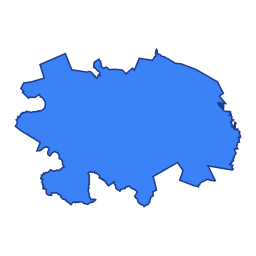 Valle de Zaragoza, Chihuahua, Mexico (orthographic projection)
{"feature_id": "50627088B5175300489414", "entity_name": "Valle de Zaragoza", "entity_type": "district", "adm_level": 2, "iso_a3": "MEX", "parent_name": "Mexico", "parent_adm1": "Chihuahua", "projection": "orthographic", "projection_center": [-105.86, 27.48], "detail": "fine", "context": "isolated", "style": "filled", "palette": "blue", "viewbox_px": 256, "rotation_deg": 0, "n_neighbors": 0, "source": "geoboundaries", "source_scale": "gbopen_adm2", "svg_char_len": 5798}
<svg xmlns="http://www.w3.org/2000/svg" viewBox="0 0 256 256"><path d="M233.1,168.9L232.0,168.4L232.0,167.1L232.8,165.4L229.6,164.5L230.3,163.6L231.7,163.0L231.8,161.4L232.8,161.4L233.4,160.9L233.5,160.2L233.1,158.5L234.5,157.1L234.2,155.7L235.8,154.0L236.0,152.8L235.0,151.6L234.6,148.8L235.2,148.7L236.8,149.1L237.8,148.8L236.8,147.0L236.6,145.7L237.2,144.9L237.5,142.2L239.4,142.1L239.2,141.1L239.3,139.6L238.2,137.7L238.9,137.4L240.0,137.7L240.6,137.1L239.8,136.6L240.4,135.5L239.1,133.5L239.0,133.0L239.6,132.9L239.8,131.9L237.7,130.1L237.9,129.2L236.6,129.2L236.2,129.8L236.3,129.2L235.4,129.7L234.9,128.7L234.3,129.0L233.7,128.3L234.2,127.9L234.6,128.1L235.2,127.5L234.9,127.0L235.3,126.9L235.0,125.4L235.9,123.5L235.3,123.0L235.5,122.8L235.0,122.2L234.8,122.2L234.7,122.9L234.9,123.7L234.3,125.4L233.9,125.5L234.0,126.1L233.0,127.1L232.7,126.6L231.9,126.8L231.8,126.5L232.2,126.1L231.8,126.0L231.8,125.6L232.3,125.0L231.3,123.3L231.5,122.9L231.4,122.5L230.7,121.7L231.3,121.2L232.8,120.9L232.9,120.5L233.6,120.0L231.6,119.2L231.9,116.9L231.2,115.5L230.5,115.1L230.7,114.8L229.4,115.1L230.7,113.6L230.2,112.7L230.6,112.4L230.4,112.5L230.6,112.0L229.6,111.4L229.4,111.7L228.2,111.4L228.0,111.8L226.5,111.2L225.8,111.6L224.9,111.4L224.0,110.7L222.9,109.4L223.3,109.0L223.1,108.6L223.6,108.4L223.5,107.7L222.8,107.9L223.4,106.7L223.7,106.7L223.7,105.4L222.7,107.0L222.3,106.7L222.5,106.0L223.1,105.6L223.1,104.8L222.2,105.8L222.1,105.0L222.4,104.3L222.0,104.7L221.6,104.3L221.9,105.3L221.9,107.7L221.5,107.9L220.9,106.8L220.4,106.7L220.4,105.9L220.1,106.2L219.7,105.9L220.6,103.8L219.4,105.0L218.7,104.8L218.6,104.0L218.9,103.8L218.8,103.6L219.1,103.0L218.2,103.2L218.1,102.9L225.6,103.5L219.5,96.3L221.2,94.6L223.4,93.5L217.4,81.8L196.0,69.5L181.2,63.9L174.6,63.2L173.9,62.3L170.3,60.4L168.0,58.6L165.5,58.1L165.2,57.2L164.6,56.9L161.6,56.2L159.7,54.3L157.9,54.1L157.3,52.0L157.2,50.4L156.4,49.4L155.8,51.1L155.5,53.6L155.8,55.8L154.4,57.0L152.5,60.3L139.3,58.3L134.3,70.3L132.6,68.2L129.5,70.6L126.1,73.9L122.3,70.0L113.6,69.2L112.5,69.6L110.7,69.4L109.3,69.7L107.9,68.2L105.9,67.0L103.7,68.4L101.2,66.4L101.5,65.6L101.1,65.2L101.1,64.8L101.4,63.9L100.6,62.8L100.6,61.5L99.3,60.2L99.0,59.2L94.1,62.3L93.7,67.5L94.5,67.8L94.9,67.6L97.4,70.5L99.2,71.6L99.9,72.7L99.1,74.2L100.2,75.7L98.1,75.3L97.0,78.2L95.4,76.9L94.8,75.8L94.0,76.0L93.5,74.6L91.1,72.0L88.7,71.4L87.2,72.2L71.8,69.8L65.3,53.6L40.0,64.6L44.2,78.2L30.8,82.0L23.8,83.0L20.9,88.5L23.8,91.6L22.6,92.4L28.5,98.2L29.7,97.2L34.9,97.4L39.4,94.5L40.3,96.3L40.2,96.9L42.2,97.3L44.4,100.5L45.1,102.0L45.5,104.0L44.7,108.0L41.7,110.6L39.7,110.7L38.7,111.3L38.1,110.9L36.1,111.8L33.1,111.7L30.9,112.6L29.3,111.8L28.2,111.9L26.7,111.2L25.7,111.8L25.7,112.3L25.4,112.5L24.1,112.5L23.2,113.1L22.5,112.5L21.9,113.6L21.3,114.0L21.1,113.8L20.9,114.3L21.2,114.4L20.6,115.1L20.2,115.2L20.2,115.8L19.8,116.2L19.7,116.8L19.4,116.6L18.6,117.1L18.2,116.7L18.1,117.3L17.7,117.3L18.0,118.0L17.3,118.7L17.5,119.2L16.9,119.9L16.5,120.0L16.9,120.2L17.2,123.5L16.4,124.8L15.7,125.3L15.4,126.4L21.0,130.7L40.2,142.5L36.9,150.9L38.0,150.6L38.8,150.8L40.3,150.6L44.5,147.2L47.0,147.1L49.2,148.2L49.0,149.7L47.9,151.4L47.7,153.6L48.3,154.8L49.5,155.7L49.9,155.9L50.3,155.5L51.6,153.2L52.4,152.6L54.9,151.6L57.7,152.9L57.9,153.5L58.7,153.8L59.3,156.7L59.1,158.3L60.0,159.0L61.3,159.3L61.6,159.6L61.5,160.0L62.3,160.7L62.6,164.4L63.6,166.3L64.2,166.7L62.2,167.7L61.6,169.0L60.5,169.0L59.6,170.4L56.6,170.1L54.3,171.3L53.4,170.8L52.3,170.9L51.1,169.7L50.4,169.8L49.0,171.6L47.7,172.6L46.1,172.3L44.9,173.1L44.4,173.8L43.6,173.1L43.2,173.8L43.3,174.3L42.8,174.4L42.3,175.1L41.4,175.2L41.7,176.2L41.3,176.7L41.3,177.6L40.9,177.8L41.5,178.4L41.0,178.4L40.9,178.8L41.7,179.0L42.2,179.9L42.8,180.2L42.2,180.9L42.1,181.9L41.8,182.0L43.2,184.3L43.0,184.8L42.7,184.8L43.2,185.9L43.1,186.2L43.6,186.3L44.0,187.0L43.2,187.7L43.6,188.1L42.9,188.2L42.9,188.4L43.1,188.7L45.6,189.2L46.4,189.8L46.1,191.9L46.4,193.2L46.7,193.9L48.4,195.1L51.6,195.4L51.5,192.0L51.7,192.5L53.7,193.1L56.0,192.8L57.0,192.9L58.1,194.2L60.0,195.0L61.0,196.1L60.8,196.6L61.1,197.5L62.6,198.6L62.9,199.2L64.5,199.6L64.8,199.4L65.2,199.7L65.6,199.5L66.2,201.1L67.5,201.8L71.0,204.7L72.5,202.6L74.1,201.9L75.2,202.7L76.0,202.0L77.0,202.4L77.1,202.1L78.7,202.3L80.2,201.8L81.8,201.8L83.3,202.5L83.6,203.2L84.0,203.1L85.3,203.8L87.8,204.3L90.3,202.5L93.0,202.2L95.7,199.8L94.8,199.2L93.9,199.1L93.0,199.5L91.7,199.2L91.1,199.6L89.5,196.9L89.2,194.0L88.5,192.1L88.2,189.1L89.0,188.1L88.5,185.9L88.8,184.8L89.3,184.3L88.9,184.2L89.4,180.6L89.0,178.6L89.3,177.8L88.9,177.3L89.4,176.0L89.1,174.7L88.2,173.9L88.1,173.0L88.8,172.2L90.0,172.2L90.7,171.8L91.6,172.0L91.8,171.7L92.6,172.3L93.9,172.4L94.5,172.8L95.1,172.8L95.1,172.5L95.9,173.3L97.0,173.4L97.8,174.2L98.9,174.8L99.5,175.6L99.6,177.1L99.3,177.4L99.7,177.6L99.6,178.0L100.4,177.8L101.1,179.1L101.9,179.3L102.5,178.9L102.8,179.9L103.8,179.9L103.7,180.4L104.2,180.5L105.6,182.0L106.3,182.3L106.3,183.5L107.3,184.2L107.6,185.2L108.3,185.2L108.6,185.7L114.2,181.8L114.2,183.9L115.3,184.8L115.8,187.9L116.4,188.9L120.0,191.2L120.8,189.6L123.7,188.5L124.4,188.7L125.2,188.5L125.0,187.9L125.9,187.2L126.6,187.2L128.0,186.2L128.6,186.4L129.8,186.1L130.2,187.2L131.0,187.9L134.8,189.7L137.1,191.7L136.7,192.9L134.7,196.5L135.6,197.8L137.2,198.7L138.0,201.9L139.2,203.3L140.9,204.5L142.6,204.8L144.1,206.6L145.8,205.3L148.2,204.3L149.2,202.7L150.0,201.9L149.8,201.4L150.9,197.1L153.2,195.9L152.9,191.7L156.5,190.1L153.9,178.7L152.9,176.7L177.5,162.5L183.0,170.6L179.7,180.2L193.0,185.3L198.4,186.8L198.6,185.1L199.6,184.9L200.0,183.4L200.4,182.9L202.7,181.5L203.5,181.4L205.0,180.2L205.6,180.3L206.7,179.6L208.5,179.4L210.5,180.5L212.3,180.4L214.5,181.0L215.3,180.7L208.0,165.9L232.2,170.0L233.1,168.9Z" fill="#3b82f6" stroke="#1e3a8a" stroke-width="1.5"/></svg>